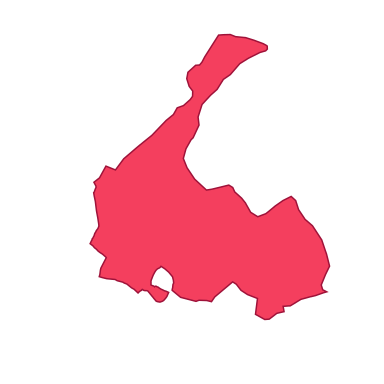 the district of Ogo Oluwa, Oyo, Nigeria, rotated 254°
{"feature_id": "59680162B3334363185534", "entity_name": "Ogo Oluwa", "entity_type": "district", "adm_level": 2, "iso_a3": "NGA", "parent_name": "Nigeria", "parent_adm1": "Oyo", "projection": "orthographic", "projection_center": [4.194, 7.972], "detail": "fine", "context": "isolated", "style": "filled", "palette": "rose", "viewbox_px": 384, "rotation_deg": 254, "n_neighbors": 0, "source": "geoboundaries", "source_scale": "gbopen_adm2", "svg_char_len": 3671}
<svg xmlns="http://www.w3.org/2000/svg" viewBox="0 0 384 384"><g transform="rotate(254 192 192)"><path d="M240.6,116.4L231.1,107.0L228.4,100.4L224.2,101.3L222.8,101.0L221.7,100.0L220.2,98.9L218.9,98.0L218.5,97.3L215.1,96.9L209.6,96.5L205.2,95.8L202.7,95.4L200.2,95.0L193.0,94.3L186.9,93.5L184.9,93.1L182.8,91.5L181.3,89.4L180.5,88.8L180.1,88.4L179.5,87.7L178.9,87.1L178.5,86.8L178.2,86.6L177.9,86.4L177.7,86.3L177.4,86.1L177.1,86.0L176.7,85.6L176.4,85.2L176.1,85.0L175.8,84.7L175.5,84.4L175.1,84.1L174.8,83.7L174.7,83.5L174.6,83.3L174.3,83.0L174.1,82.9L173.9,82.8L173.7,82.8L173.4,82.6L173.1,82.2L172.7,81.8L172.5,81.6L172.4,81.5L172.3,81.4L172.0,81.2L171.5,80.8L171.0,80.4L170.8,80.1L170.4,79.8L167.6,81.9L165.3,82.9L163.4,84.3L161.0,85.5L158.9,87.1L157.0,88.8L153.4,91.1L152.5,91.5L143.9,83.4L142.1,82.4L138.1,80.7L136.2,79.5L134.7,81.8L132.2,86.1L129.1,94.0L127.4,95.6L124.3,100.8L123.3,101.6L121.5,104.0L116.5,107.5L115.0,109.0L114.5,109.5L109.8,112.3L110.3,113.1L110.5,113.6L111.0,114.6L111.3,115.7L111.5,116.1L111.6,116.4L111.5,116.5L111.8,116.8L112.0,117.0L112.1,117.3L112.0,117.6L111.6,117.8L111.2,118.1L110.9,118.4L110.6,118.7L110.4,119.1L110.2,119.5L110.1,119.8L110.0,120.0L109.9,120.6L109.7,121.1L109.5,121.6L109.3,121.9L109.0,122.2L108.7,122.4L108.4,122.5L108.1,122.6L107.6,122.8L107.3,123.0L107.1,123.1L106.8,123.2L106.4,123.4L106.1,123.5L105.8,123.6L105.5,123.7L105.2,123.9L104.8,124.0L104.3,124.3L103.5,124.6L103.0,124.8L102.2,125.2L101.5,125.5L100.7,125.8L99.7,126.2L98.8,126.7L97.6,127.1L97.1,127.4L96.7,127.8L96.3,128.3L95.8,129.2L95.0,130.9L95.1,133.2L95.5,134.8L97.0,137.2L98.5,139.1L100.6,140.8L101.9,141.9L103.7,139.8L104.8,138.1L105.7,137.2L107.3,135.3L107.7,135.0L108.1,134.6L108.5,134.2L109.1,133.8L109.5,133.5L110.0,133.1L110.3,132.5L110.6,132.2L110.8,132.0L111.2,131.7L111.5,131.0L111.4,130.4L111.2,129.8L111.6,129.6L112.1,129.3L112.3,129.0L112.7,128.5L112.8,128.3L112.9,128.1L113.1,127.9L113.3,127.7L113.5,127.4L113.8,127.2L114.1,126.9L114.3,127.0L114.7,127.2L115.5,127.4L116.4,127.7L117.3,127.9L117.6,128.0L118.1,128.3L118.9,128.8L119.9,129.6L121.4,130.7L122.9,131.9L125.0,133.9L126.6,135.7L127.7,137.7L127.9,139.3L128.2,140.4L129.1,141.7L125.8,144.6L121.4,147.5L115.9,149.9L113.2,149.8L112.5,149.8L109.6,149.3L108.3,148.2L105.3,147.0L104.0,146.2L103.0,145.8L93.9,152.0L85.8,165.7L86.0,168.9L83.6,176.3L81.2,180.5L84.9,185.0L94.4,206.3L91.1,209.2L84.0,212.0L78.1,217.1L71.6,225.6L56.9,219.3L49.4,226.8L48.5,231.2L52.0,240.1L51.7,245.7L51.6,247.5L57.0,248.1L56.6,249.9L55.8,253.9L55.7,254.0L55.5,255.1L58.8,267.1L58.7,275.9L58.7,276.8L58.6,277.6L58.4,282.2L58.5,283.9L58.9,290.6L58.9,294.0L59.0,293.9L62.0,290.7L67.0,290.6L75.9,297.6L82.8,303.8L95.5,304.2L98.5,304.0L110.2,303.5L110.8,303.3L126.0,298.6L126.5,298.4L134.6,293.1L136.3,292.6L145.6,289.6L155.2,289.3L160.4,286.1L158.7,277.1L155.6,268.1L152.2,260.4L150.8,257.0L150.1,248.4L156.3,242.8L160.5,241.8L165.5,240.6L166.6,240.4L172.4,238.0L180.3,233.1L185.1,232.4L188.5,229.3L188.9,218.9L189.2,211.9L189.9,206.4L203.6,198.1L216.7,193.9L220.7,193.5L226.6,192.9L235.2,198.1L242.4,205.4L243.8,208.0L252.9,215.9L254.4,217.2L262.4,218.5L273.4,225.8L279.9,236.5L283.7,244.4L291.6,253.2L294.3,261.2L302.2,273.3L305.0,283.0L307.4,295.8L307.4,301.7L308.6,303.8L311.4,304.5L312.0,304.3L314.9,301.4L316.4,299.4L317.7,297.6L320.8,293.4L325.6,286.1L329.3,276.7L332.8,272.2L334.5,265.6L335.5,260.8L318.5,241.6L314.1,237.4L312.0,234.3L312.8,230.4L308.2,221.1L302.4,218.2L294.3,218.4L288.8,220.5L283.8,218.9L281.3,215.7L277.4,207.6L277.0,201.0L271.6,195.5L267.9,186.9L257.5,169.0L251.6,155.0L249.5,150.3L242.8,135.6L234.3,124.5L240.6,116.4Z" fill="#f43f5e" stroke="#9f1239" stroke-width="1.5"/></g></svg>